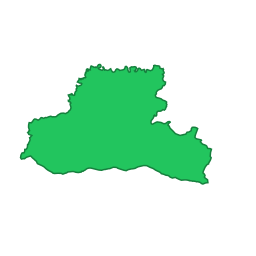 the district of Monywa, Sagaing, Myanmar, rotated 291°
{"feature_id": "60261553B28979630774365", "entity_name": "Monywa", "entity_type": "district", "adm_level": 2, "iso_a3": "MMR", "parent_name": "Myanmar", "parent_adm1": "Sagaing", "projection": "robinson", "projection_center": [95.327, 22.213], "detail": "fine", "context": "isolated", "style": "filled", "palette": "green", "viewbox_px": 256, "rotation_deg": 291, "n_neighbors": 0, "source": "geoboundaries", "source_scale": "gbopen_adm2", "svg_char_len": 5785}
<svg xmlns="http://www.w3.org/2000/svg" viewBox="0 0 256 256"><g transform="rotate(291 128 128)"><path d="M105.6,222.2L108.2,220.8L108.9,218.1L109.5,216.9L111.1,217.0L112.1,216.1L112.8,214.8L112.9,214.2L113.6,213.9L114.8,213.8L119.0,214.0L122.0,214.8L123.4,216.1L123.8,215.9L125.1,215.9L125.3,216.1L127.8,216.4L130.0,216.3L131.0,214.9L134.8,213.8L138.1,213.5L138.2,212.1L137.5,209.7L139.3,208.0L139.7,206.8L139.7,204.5L139.6,203.4L141.0,200.5L142.8,201.0L143.1,200.5L142.4,195.5L142.9,194.4L143.3,193.7L144.8,193.6L144.9,193.4L152.4,193.3L152.7,192.3L152.7,190.5L152.2,188.9L151.6,187.7L149.8,187.4L148.8,187.8L148.0,187.8L146.2,186.4L145.6,185.6L145.3,184.7L142.9,184.1L141.7,182.1L141.4,181.9L141.3,181.6L141.1,181.6L140.6,180.5L139.7,179.3L139.7,174.3L141.5,170.6L142.9,167.3L144.5,165.8L144.8,164.5L145.3,164.5L146.0,164.0L147.7,164.8L148.5,165.3L148.9,164.9L148.8,164.1L148.1,163.0L145.6,161.4L144.8,159.8L145.0,156.8L144.1,153.0L143.0,151.8L140.4,149.6L140.3,148.5L141.2,147.5L143.0,147.0L145.9,147.9L148.0,148.1L148.9,147.8L149.5,148.2L149.0,148.9L149.2,149.9L150.1,150.2L151.5,149.8L152.1,149.4L153.3,149.4L154.6,150.2L155.2,152.0L156.0,153.0L157.7,154.0L157.7,155.5L159.2,156.2L160.5,156.0L161.9,156.3L162.2,155.9L163.7,155.9L164.1,155.7L164.7,154.8L166.0,154.8L166.4,153.8L166.6,152.5L166.5,150.3L167.1,148.5L167.0,146.3L166.7,144.2L166.9,142.9L168.5,141.7L170.1,142.3L171.1,141.6L172.6,141.8L174.3,142.6L176.7,145.1L177.9,145.4L179.6,145.4L179.8,145.6L180.2,145.7L180.5,146.1L180.6,146.6L182.5,147.1L183.2,146.8L184.3,146.6L184.4,144.9L184.8,144.0L186.0,142.8L186.4,142.9L186.8,142.5L188.0,142.7L189.4,142.7L190.1,141.6L190.1,141.2L190.5,140.9L191.1,141.7L192.4,142.0L193.0,141.6L194.1,140.3L194.4,140.2L195.2,140.3L195.6,139.9L195.7,139.6L196.0,139.4L195.4,138.8L195.4,136.2L196.8,135.5L197.0,134.6L196.6,133.2L196.3,132.3L196.2,130.6L195.8,130.0L195.5,129.9L195.4,129.7L194.5,130.1L192.7,130.1L190.9,129.8L189.5,128.4L189.4,124.9L188.7,124.5L186.7,124.9L186.3,124.7L186.6,123.4L188.0,122.8L188.1,122.6L188.3,122.5L188.5,122.1L186.7,120.0L187.3,118.8L187.8,118.2L187.9,117.2L187.4,116.4L184.9,116.2L183.5,115.5L183.1,114.4L183.7,113.6L184.4,114.3L185.5,114.2L185.9,114.5L186.4,114.6L186.6,114.8L187.7,113.6L187.7,112.4L186.7,110.6L186.3,109.3L184.8,108.2L181.4,109.9L180.7,109.6L180.6,108.5L181.7,107.5L181.9,107.2L182.2,107.1L182.2,106.9L183.3,106.7L184.4,105.5L184.9,104.3L184.4,103.5L183.5,103.6L181.9,103.5L181.2,103.2L180.3,102.2L178.7,99.5L179.3,98.5L179.3,96.8L179.2,96.5L178.9,96.2L178.4,96.1L178.2,95.9L177.7,95.7L176.7,95.7L175.8,95.5L174.7,94.2L175.0,93.0L176.2,91.4L177.1,90.6L176.7,90.2L175.4,89.5L174.8,88.9L174.3,87.9L174.3,86.3L173.7,85.5L175.9,83.5L176.1,82.8L175.7,82.6L174.6,83.8L173.3,83.7L172.6,83.2L172.5,80.0L173.2,78.8L173.6,79.1L174.7,80.6L175.7,80.7L176.3,80.6L177.1,79.8L177.3,79.0L176.6,77.9L176.0,77.6L175.1,77.5L174.7,77.3L174.0,77.2L173.0,76.5L172.9,75.9L173.2,75.6L172.4,74.5L172.8,73.0L172.5,72.1L172.7,71.4L172.4,71.3L171.6,71.3L169.3,71.6L168.8,71.9L168.7,70.9L168.3,70.0L168.8,69.3L168.5,68.7L167.7,68.3L167.3,68.4L167.2,68.9L167.4,69.5L167.3,69.3L167.7,70.3L167.4,70.6L166.6,70.1L166.8,68.6L166.2,68.6L165.2,68.9L164.9,68.6L164.3,68.6L164.1,68.8L163.8,68.5L163.4,68.9L162.1,68.7L160.1,70.4L159.5,70.0L159.2,68.9L158.7,68.6L158.1,68.6L158.2,68.0L157.0,67.5L157.5,67.1L157.3,66.9L157.3,66.5L156.3,66.1L156.8,65.5L156.7,64.6L155.2,65.0L154.2,64.6L152.8,64.3L152.8,65.1L152.6,66.7L153.1,68.3L152.8,69.0L152.4,69.0L151.4,68.9L150.7,68.4L150.4,67.9L149.3,66.7L149.2,65.7L149.4,64.6L148.8,64.6L148.1,65.4L147.0,66.1L145.8,65.6L144.4,66.6L143.2,65.9L141.3,65.9L140.2,66.3L139.4,66.3L139.0,65.7L139.2,64.9L138.8,64.1L139.7,63.8L139.8,63.2L139.0,63.0L138.9,62.3L138.4,62.3L138.1,61.2L137.6,60.9L137.4,60.5L136.6,61.1L135.8,62.3L135.1,63.0L133.9,63.4L133.2,63.3L132.5,62.7L132.4,62.4L131.6,62.8L131.4,63.5L131.6,64.7L131.3,65.3L130.7,65.7L130.4,65.3L129.3,65.5L127.2,67.1L126.2,67.6L124.2,67.6L122.7,66.7L121.6,66.6L119.1,64.6L118.7,62.2L117.6,60.0L115.9,58.6L114.7,57.7L113.0,57.0L112.1,55.5L111.7,54.2L111.3,53.6L111.3,51.7L110.3,50.3L108.4,48.2L108.2,47.1L106.8,45.8L106.8,43.8L106.5,43.2L105.9,42.8L104.7,42.5L103.2,41.4L103.1,41.0L103.3,39.2L103.0,37.7L102.0,37.0L100.1,36.6L98.2,35.9L97.6,33.8L95.3,34.1L93.0,34.9L90.2,37.1L89.6,36.7L89.5,36.4L88.6,36.3L88.2,36.5L87.7,36.1L87.3,37.0L86.5,37.7L86.6,40.9L85.8,40.7L85.4,40.4L84.4,40.3L83.7,39.6L82.4,40.6L81.2,40.9L77.6,40.6L77.1,40.8L76.5,40.2L73.8,41.0L72.2,40.8L72.0,40.6L71.5,40.5L71.0,39.3L70.1,39.7L68.5,39.9L67.6,39.8L66.8,38.1L65.8,37.9L64.4,37.8L63.2,38.0L62.6,38.2L62.0,38.2L61.1,39.1L60.8,39.7L61.7,41.0L62.3,42.5L63.9,43.4L64.9,44.4L66.7,46.7L67.0,47.2L65.8,49.7L65.4,51.0L64.6,52.8L64.1,54.4L62.3,56.2L62.0,61.4L61.6,63.7L60.6,66.1L59.9,68.6L59.4,73.1L59.0,73.8L59.0,74.6L59.2,75.7L60.6,78.7L61.7,81.8L61.6,83.7L63.5,85.9L64.1,86.8L65.3,87.5L67.5,91.8L67.9,93.1L68.0,95.2L68.6,97.6L70.2,100.2L70.8,100.2L71.2,100.5L71.4,101.5L72.3,102.0L73.2,102.9L75.2,104.1L76.5,105.7L77.3,107.7L78.3,115.7L79.1,118.6L80.0,119.6L80.9,121.0L81.3,121.9L82.1,122.9L82.3,123.4L82.5,123.5L82.6,123.8L82.9,124.1L83.5,125.5L86.1,128.3L86.9,130.8L87.1,131.8L86.8,132.7L86.8,134.2L87.1,139.3L87.5,141.6L89.1,143.0L90.9,145.6L91.7,147.2L92.8,149.0L95.3,151.2L98.6,156.1L99.6,159.1L99.2,162.7L99.2,166.2L98.8,167.7L98.5,169.3L98.2,173.6L97.9,174.5L97.3,175.5L97.6,177.9L97.5,180.3L98.0,182.3L98.0,183.1L97.3,184.7L97.2,186.7L97.3,187.6L98.3,188.9L98.4,189.4L98.9,190.0L98.6,191.4L98.4,194.3L98.4,196.5L99.9,199.6L100.5,201.4L100.8,202.9L100.8,204.1L101.0,204.1L101.1,205.3L101.4,206.3L101.5,207.4L101.9,208.2L102.3,210.0L102.4,211.6L103.0,212.5L102.9,213.2L103.1,214.4L102.9,215.5L102.5,216.3L102.5,217.7L102.7,218.2L104.6,220.2L105.6,222.2Z" fill="#22c55e" stroke="#15803d" stroke-width="1.5"/></g></svg>